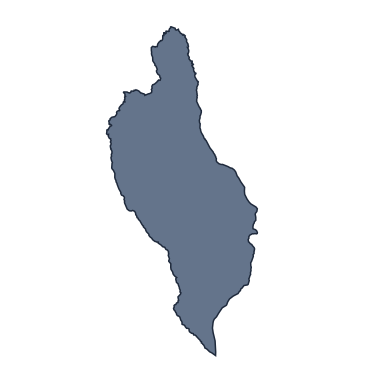 the district of Gisagara, Southern, Rwanda, rotated 145°
{"feature_id": "39286606B87181547360532", "entity_name": "Gisagara", "entity_type": "district", "adm_level": 2, "iso_a3": "RWA", "parent_name": "Rwanda", "parent_adm1": "Southern", "projection": "robinson", "projection_center": [29.795, -2.608], "detail": "fine", "context": "isolated", "style": "filled", "palette": "slate", "viewbox_px": 384, "rotation_deg": 145, "n_neighbors": 0, "source": "geoboundaries", "source_scale": "gbopen_adm2", "svg_char_len": 6074}
<svg xmlns="http://www.w3.org/2000/svg" viewBox="0 0 384 384"><g transform="rotate(145 192 192)"><path d="M199.1,84.1L195.9,86.6L195.2,88.4L194.7,88.5L192.3,90.4L191.4,90.7L190.5,92.3L188.7,93.8L188.2,94.8L186.6,96.4L186.2,97.7L184.5,100.4L183.2,100.9L178.7,104.1L177.9,105.6L176.5,106.0L175.2,107.9L174.7,108.0L174.3,108.7L173.4,109.4L173.0,110.8L173.3,114.0L173.1,114.6L174.0,116.5L173.9,117.8L174.3,118.7L173.2,120.9L171.9,121.5L171.1,122.8L169.3,123.5L166.3,123.1L165.6,122.4L164.2,121.8L163.3,120.8L162.4,120.6L161.7,121.3L161.3,123.1L161.6,124.7L163.1,126.8L162.2,128.4L160.3,130.3L158.7,131.0L158.0,131.8L156.0,132.2L154.2,134.8L153.0,137.5L152.2,138.2L150.1,138.8L148.1,140.8L148.2,143.0L150.6,148.4L151.0,150.8L151.0,154.5L150.2,159.8L148.6,162.6L146.2,165.7L146.2,172.1L145.7,176.7L145.8,179.3L144.7,183.3L144.7,185.7L145.5,188.4L146.8,189.8L148.0,192.3L151.1,197.0L152.4,197.9L153.7,199.7L154.4,202.5L154.2,203.7L152.8,205.5L152.7,206.7L152.2,207.6L152.3,208.6L151.9,209.5L152.0,211.7L151.7,212.5L152.0,217.8L150.9,226.2L151.2,227.0L150.9,227.7L151.2,227.9L151.2,229.3L150.6,231.4L150.3,235.4L149.7,237.3L149.1,238.4L148.8,239.9L146.1,243.3L146.1,244.3L144.9,246.5L143.0,248.0L141.7,249.8L140.7,250.2L138.6,252.0L137.6,253.5L137.7,254.8L137.3,255.5L137.3,257.8L136.2,263.7L135.7,264.1L135.4,264.8L133.5,266.5L133.5,267.0L132.1,268.2L132.0,269.1L131.5,269.5L131.2,270.5L130.7,271.0L130.0,272.9L128.5,274.1L128.0,275.1L125.3,276.6L124.7,277.9L123.7,278.5L123.6,279.0L124.0,279.8L123.6,284.5L122.9,285.9L121.9,286.8L121.4,286.5L120.7,287.0L121.4,288.4L121.1,289.1L121.3,289.6L120.5,291.5L119.6,292.2L119.8,292.6L119.6,292.9L119.8,293.3L119.5,293.4L119.7,295.0L119.6,295.4L119.2,295.4L119.2,295.8L118.5,295.5L117.7,295.8L118.2,297.1L117.9,297.2L118.0,297.6L118.3,297.8L117.8,298.3L117.3,298.3L116.8,299.1L118.1,300.4L117.9,301.3L118.1,302.8L117.0,303.9L116.8,306.7L116.5,306.7L116.2,307.7L115.6,307.7L115.5,308.0L114.6,308.4L113.6,309.6L113.0,311.2L112.8,313.0L112.4,312.7L111.8,312.9L111.2,313.6L111.1,314.6L110.4,315.3L110.3,317.8L110.0,318.7L109.0,319.7L108.9,323.1L108.0,323.7L108.1,324.3L108.5,325.7L109.1,325.4L109.6,325.8L109.6,327.5L110.4,328.8L110.2,330.3L110.4,331.7L109.8,333.1L111.8,333.5L112.5,334.4L111.9,335.8L114.4,339.4L114.8,339.5L115.4,338.7L116.6,338.7L118.2,337.6L118.6,336.8L119.3,337.0L120.4,338.3L121.2,338.6L121.9,337.1L122.9,336.8L123.2,337.0L123.1,338.2L123.8,338.6L125.3,336.4L125.9,336.9L126.3,336.8L128.3,334.1L129.3,333.5L130.1,333.4L131.0,334.1L131.6,333.7L133.1,333.7L135.3,332.8L137.1,331.0L138.3,331.9L139.0,331.8L139.4,332.6L140.7,333.9L142.5,333.6L144.3,331.0L144.8,329.8L145.8,328.6L146.4,327.4L146.9,325.1L148.9,321.9L149.0,318.1L149.7,317.1L149.3,315.8L150.1,312.4L151.7,311.6L152.2,310.4L152.4,308.2L151.7,306.1L152.5,304.1L152.3,303.2L154.0,301.8L155.2,302.9L155.7,302.5L156.4,302.7L157.8,302.2L160.9,301.9L162.7,302.4L164.1,301.7L164.6,301.1L165.1,299.9L166.5,299.3L166.8,298.0L168.1,296.7L170.3,296.9L171.6,297.5L173.5,297.8L173.8,298.1L175.2,298.2L174.9,299.2L175.1,300.1L176.0,300.9L176.5,302.0L177.2,302.5L177.5,304.8L178.4,306.7L179.0,307.2L179.3,307.9L180.2,307.8L181.0,308.6L181.9,308.0L183.8,309.5L184.2,309.5L184.7,308.9L186.2,308.8L187.4,310.2L187.8,311.1L190.5,313.1L190.9,313.0L191.0,312.3L190.7,310.7L191.9,309.1L191.5,308.6L191.6,308.3L192.8,308.3L193.6,306.6L194.3,306.4L194.8,305.9L195.1,304.6L195.4,304.3L195.9,305.1L196.6,305.1L198.0,303.8L200.0,303.8L202.8,303.0L203.8,302.4L204.4,300.3L204.7,300.2L205.3,300.8L207.2,301.0L208.2,300.4L208.7,299.2L210.3,298.4L212.0,298.0L214.7,299.2L217.0,299.0L217.6,298.1L219.1,298.1L219.6,297.6L220.2,296.1L221.0,295.3L220.9,294.5L220.2,294.5L220.0,294.1L219.6,292.8L219.8,292.5L221.5,292.7L224.1,291.7L225.0,291.0L225.5,291.6L226.2,291.6L227.1,290.3L228.6,288.7L228.4,287.5L227.3,287.1L228.6,285.6L228.9,283.5L228.1,282.1L228.7,281.6L228.9,280.4L230.2,279.8L230.3,278.3L231.4,277.1L232.2,276.9L232.9,275.9L233.6,274.3L233.5,273.9L233.9,273.7L234.0,273.3L233.9,272.5L234.3,271.1L235.5,269.5L236.4,269.2L237.5,267.3L238.3,267.0L238.8,266.4L239.8,264.1L240.4,261.6L241.1,261.3L244.0,257.7L244.2,255.9L243.9,255.2L244.5,251.5L246.9,248.2L247.5,246.6L247.6,245.3L248.4,243.7L248.5,242.0L248.9,241.3L250.1,236.5L250.5,232.5L251.2,231.6L251.5,229.9L250.5,228.3L250.4,226.5L250.8,225.8L252.0,224.9L252.3,223.2L252.9,222.8L253.5,221.7L254.9,215.1L254.1,212.6L252.7,211.3L251.1,210.9L250.1,209.1L250.2,207.4L251.1,205.6L251.0,204.3L251.7,202.5L251.2,201.4L251.6,200.2L251.2,198.2L251.6,194.3L251.6,192.6L251.3,192.0L251.8,191.3L251.3,188.3L251.7,187.6L252.1,185.6L251.6,182.6L251.7,181.8L252.2,181.1L252.1,179.3L251.5,177.2L251.6,175.5L250.7,172.7L250.1,172.2L249.6,171.2L248.4,170.3L249.0,169.5L247.8,166.5L247.4,164.0L246.0,162.3L246.3,160.3L246.1,159.5L245.4,158.5L245.5,156.5L246.3,155.6L246.5,154.7L247.5,154.0L247.9,153.5L248.7,150.4L249.9,149.3L250.2,149.3L250.8,148.5L250.5,145.4L252.6,142.5L253.6,140.6L253.7,137.7L254.5,135.7L254.5,134.4L254.3,132.7L253.6,130.7L254.5,130.6L254.9,130.3L255.7,129.2L255.8,128.4L256.5,127.2L256.4,126.0L256.0,124.8L256.4,124.1L257.1,121.2L257.7,120.1L258.0,118.3L259.2,117.0L258.9,115.8L260.1,114.9L263.7,114.1L265.2,110.8L265.9,110.8L266.9,109.5L267.8,109.9L268.7,109.8L269.8,109.1L270.9,109.5L271.8,109.3L272.7,107.8L273.8,107.4L274.4,105.8L274.1,105.0L274.4,102.5L274.3,101.8L274.9,100.4L274.9,99.2L274.7,98.7L274.2,98.4L273.7,96.5L274.7,93.4L274.6,92.2L275.0,90.8L276.0,89.5L275.9,89.0L275.2,88.3L274.5,86.8L274.8,85.6L274.6,83.4L273.6,82.7L273.1,81.7L273.0,81.3L273.9,80.1L274.2,78.9L273.4,76.6L272.2,75.3L272.6,73.9L271.5,73.0L271.1,71.8L271.3,71.0L271.0,70.3L270.8,67.9L270.4,66.6L270.6,65.0L270.1,64.0L270.9,63.1L270.4,62.0L270.5,60.9L270.2,60.1L270.4,58.3L270.9,56.7L270.0,55.2L269.2,51.0L268.1,49.0L266.5,44.5L264.4,47.3L258.5,56.8L255.4,64.6L253.3,68.8L249.8,72.8L248.4,74.1L246.7,75.1L243.5,75.7L239.6,77.5L233.6,79.8L229.1,79.5L228.3,79.7L225.8,81.5L222.6,82.9L217.7,83.1L212.5,82.4L210.2,83.4L209.0,83.4L207.6,84.6L206.0,84.6L203.1,85.6L199.9,84.1L199.1,84.1Z" fill="#64748b" stroke="#1e293b" stroke-width="1.5"/></g></svg>